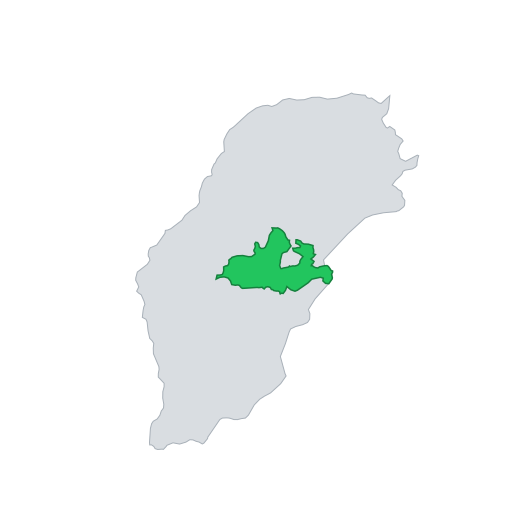 where Pest sits in Hungary, rotated 136°
{"feature_id": "HUN-3164", "entity_name": "Pest", "entity_type": "County", "adm_level": 1, "iso_a3": "HUN", "parent_name": "Hungary", "parent_adm1": "", "projection": "natural_earth1", "projection_center": [19.256, 47.5], "detail": "fine", "context": "in_parent", "style": "filled", "palette": "green", "viewbox_px": 512, "rotation_deg": 136, "n_neighbors": 0, "source": "natural_earth", "source_scale": "10m", "svg_char_len": 4746}
<svg xmlns="http://www.w3.org/2000/svg" viewBox="0 0 512 512"><g transform="rotate(136 256 256)"><path d="M417.7,158.3L423.5,157.6L423.8,157.7L425.2,158.1L426.2,161.7L426.3,161.9L427.8,164.3L429.1,167.5L431.2,169.8L435.7,170.8L441.6,173.8L445.5,179.3L451.3,181.6L451.7,181.7L452.8,181.4L456.9,181.2L457.7,182.3L461.1,185.1L462.4,187.5L461.8,190.0L462.4,192.8L463.7,193.9L462.2,195.8L451.6,205.4L447.5,207.9L444.7,208.5L440.3,207.4L435.8,208.2L431.8,210.3L428.1,210.9L425.3,213.4L421.8,218.6L417.3,223.1L412.9,225.8L410.5,228.3L410.4,236.8L407.9,239.3L404.5,241.7L402.7,243.9L397.7,256.9L393.9,261.1L390.2,264.2L389.6,267.2L389.7,270.5L385.6,277.2L380.2,284.1L379.1,286.9L380.4,290.8L375.1,295.2L372.1,297.3L369.6,298.3L368.0,301.1L365.5,307.8L366.2,310.8L366.3,313.6L361.8,315.2L360.5,318.3L359.4,322.1L357.6,323.8L352.5,326.9L340.0,325.5L335.3,326.6L333.9,328.9L333.6,330.7L332.1,332.4L329.2,334.5L326.3,335.4L319.8,332.8L305.8,335.5L303.4,337.4L301.4,336.0L298.4,334.8L284.4,333.2L278.9,334.5L271.5,334.0L264.6,332.6L259.5,333.7L255.0,339.0L252.8,340.8L251.0,342.0L247.2,343.7L244.0,345.7L239.7,347.1L235.8,346.9L232.2,344.6L230.9,345.1L229.7,347.2L227.8,349.0L222.3,351.3L221.0,351.2L220.6,351.2L216.5,352.9L209.6,353.8L206.2,353.1L199.9,360.5L198.0,361.9L192.0,364.1L187.1,365.2L183.0,364.4L181.3,364.3L162.8,363.9L153.1,362.3L146.9,359.4L142.8,356.2L140.8,352.6L136.0,350.5L128.4,349.7L122.6,346.2L118.4,339.9L112.7,334.9L105.5,331.2L99.9,326.0L95.7,319.3L88.2,313.3L77.3,307.9L74.0,306.8L73.4,305.0L68.1,298.4L65.8,295.9L66.1,292.6L65.0,290.7L63.1,289.4L62.1,284.7L61.5,281.1L60.0,278.8L48.3,278.4L58.2,269.9L63.1,267.5L68.8,267.9L70.6,267.1L71.1,265.9L72.1,263.2L72.6,260.6L73.1,258.1L72.5,256.7L69.8,256.3L68.6,250.2L70.0,248.0L71.4,246.4L69.8,239.0L70.3,236.5L74.7,236.1L78.4,234.5L81.4,232.8L82.2,230.5L84.7,225.9L82.6,220.2L69.9,216.5L69.3,215.1L72.2,213.5L75.4,211.2L77.3,209.4L79.7,209.2L83.1,210.1L89.2,214.2L91.6,214.8L93.8,213.6L96.3,213.3L103.0,213.5L108.7,212.5L107.5,208.1L107.6,205.0L106.6,202.4L107.2,199.6L109.6,197.5L110.3,192.6L113.9,189.3L115.6,188.8L121.8,189.4L123.3,190.3L124.3,190.5L134.2,198.5L143.6,204.5L151.3,207.6L162.7,207.9L174.7,208.2L195.0,207.1L210.1,206.3L211.1,204.8L213.4,201.2L211.6,198.1L211.7,194.5L214.3,189.7L221.7,185.8L243.2,184.1L255.5,181.1L257.3,177.1L261.4,173.2L265.1,172.4L270.2,174.2L276.4,177.7L281.8,179.5L285.0,178.3L295.8,172.5L308.3,166.8L316.8,151.3L317.7,148.8L327.0,147.0L340.6,147.4L347.6,149.4L352.9,150.4L360.7,150.1L372.0,146.8L376.2,146.8L379.5,149.2L383.0,151.2L385.5,153.7L387.3,157.2L388.3,158.6L389.9,160.3L392.8,162.8L395.6,163.5L416.5,159.2L417.7,158.3Z" fill="#d9dde1" stroke="#a8b0b8" stroke-width="1"/><path d="M215.7,202.8L213.4,201.3L211.6,199.8L211.2,198.3L211.4,196.7L212.0,193.5L211.8,192.6L211.4,192.3L211.3,192.0L212.1,191.2L212.6,190.9L213.8,190.7L214.4,190.3L216.1,187.4L217.1,186.6L222.9,185.5L225.0,188.0L225.2,191.6L223.0,193.3L224.5,196.0L232.0,200.6L237.0,200.5L250.0,202.6L252.4,203.6L254.4,207.5L255.0,212.6L258.7,210.8L262.5,210.2L263.3,211.4L264.1,211.7L264.9,211.9L264.5,212.9L263.8,213.9L264.4,215.4L265.6,216.5L267.3,218.9L267.3,220.2L268.2,221.2L267.6,223.5L268.8,225.7L270.7,226.8L273.0,226.6L273.3,228.0L273.3,229.3L275.9,231.2L277.0,232.6L288.1,242.0L288.6,243.1L288.6,244.5L288.4,245.7L288.5,246.8L289.6,248.2L291.1,249.2L293.3,252.3L291.7,255.8L291.4,259.6L293.4,263.1L296.8,265.8L300.7,267.1L297.3,269.3L295.0,267.2L293.0,266.1L291.2,266.8L289.4,267.9L286.9,270.6L284.9,270.0L283.1,268.8L281.2,269.2L279.4,270.6L278.4,271.9L277.2,271.9L276.1,271.6L274.1,271.7L269.4,269.2L266.6,266.7L265.2,265.5L261.8,260.6L259.5,258.6L255.3,258.0L254.4,259.0L254.2,260.6L253.5,261.7L251.6,262.3L249.9,263.3L248.5,265.6L246.7,266.1L245.5,264.5L246.0,262.3L247.4,260.2L247.2,258.0L245.4,256.3L243.2,255.8L236.6,258.4L232.0,261.6L229.1,262.3L226.2,262.5L224.9,265.1L221.9,261.9L221.0,261.3L220.6,260.6L220.1,259.1L219.5,256.0L219.5,254.5L219.6,252.9L220.0,251.4L221.2,249.1L221.9,245.3L221.0,244.0L222.5,242.8L223.4,240.8L223.8,238.9L230.8,237.7L233.8,239.4L235.7,239.6L241.5,236.0L242.7,234.7L245.6,232.8L246.9,229.8L246.1,228.9L244.9,228.5L240.2,225.4L238.9,225.6L238.7,224.7L236.4,223.3L235.0,221.8L232.4,220.4L229.4,220.5L228.0,221.8L226.3,222.4L222.6,222.9L223.2,227.5L225.3,232.8L225.4,233.8L224.2,236.1L222.3,234.3L220.3,233.2L218.6,231.6L217.0,232.3L217.4,234.9L218.5,237.5L215.9,239.9L215.1,239.1L213.5,235.7L213.9,233.4L213.2,231.4L210.1,228.1L207.7,223.9L209.2,222.5L210.2,220.5L211.5,219.0L213.2,217.9L212.8,216.8L212.2,215.8L215.4,215.4L218.6,215.7L218.0,211.8L220.5,211.0L221.8,211.4L223.0,210.6L222.2,209.9L221.8,207.6L221.2,206.2L219.8,204.4L217.7,204.0L215.8,202.8L215.7,202.8Z" fill="#22c55e" stroke="#15803d" stroke-width="1.5"/></g></svg>